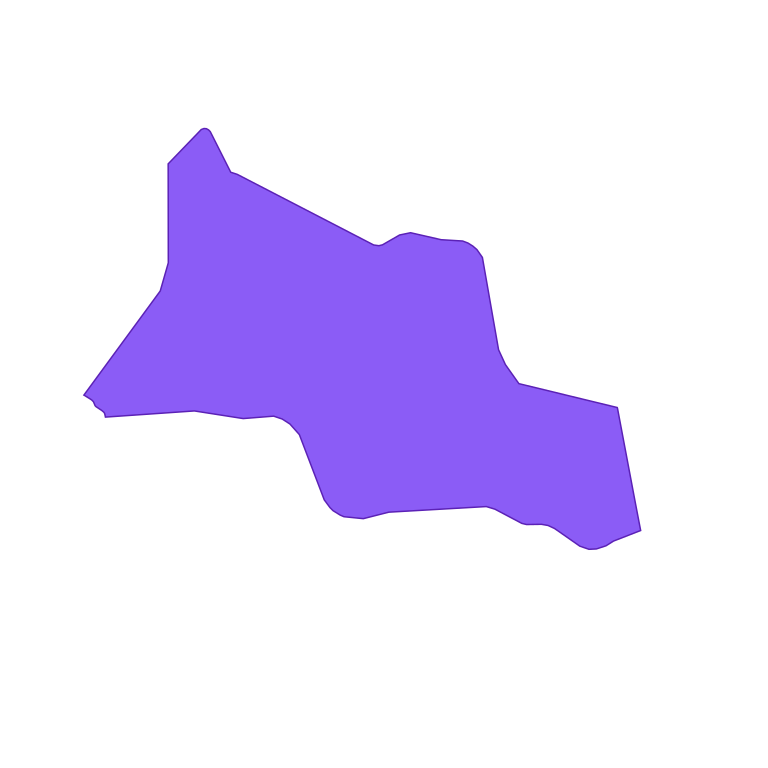 Lambeth, Equal Earth projection, rotated 119°
{"feature_id": "GBR-2768", "entity_name": "Lambeth", "entity_type": "London Borough", "adm_level": 1, "iso_a3": "GBR", "parent_name": "United Kingdom", "parent_adm1": "", "projection": "equal_earth", "projection_center": [-0.106, 51.457], "detail": "fine", "context": "isolated", "style": "filled", "palette": "violet", "viewbox_px": 768, "rotation_deg": 119, "n_neighbors": 0, "source": "natural_earth", "source_scale": "10m", "svg_char_len": 974}
<svg xmlns="http://www.w3.org/2000/svg" viewBox="0 0 768 768"><g transform="rotate(119 384 384)"><path d="M296.1,679.5L250.0,667.2L247.8,665.3L246.8,663.1L246.8,660.6L247.5,658.3L273.1,620.7L271.8,614.1L267.4,460.4L265.5,455.5L263.0,452.8L246.1,442.6L238.8,434.1L230.1,404.0L220.8,384.5L220.0,378.9L220.3,373.2L221.4,367.9L225.6,359.3L298.5,300.4L308.2,287.2L318.3,266.2L291.5,168.6L292.3,167.8L367.0,105.8L387.7,88.5L410.1,107.1L417.9,111.4L425.3,118.3L429.2,124.6L430.9,134.0L427.7,164.8L428.2,171.9L430.4,178.3L437.8,191.2L439.1,195.9L439.7,226.3L441.6,235.1L493.8,317.7L511.8,336.8L519.5,354.7L519.9,358.8L519.5,367.1L518.3,371.3L514.3,380.1L469.3,433.5L464.6,446.9L464.0,456.1L465.6,464.9L482.5,490.4L499.5,536.8L548.0,611.6L545.8,613.5L545.0,614.4L544.5,615.4L544.0,618.0L543.6,622.9L543.4,625.1L543.0,626.2L540.4,629.5L540.0,630.8L539.7,631.9L539.5,634.2L539.2,641.1L411.1,624.8L382.6,631.4L296.1,679.5Z" fill="#8b5cf6" stroke="#5b21b6" stroke-width="1.5"/></g></svg>